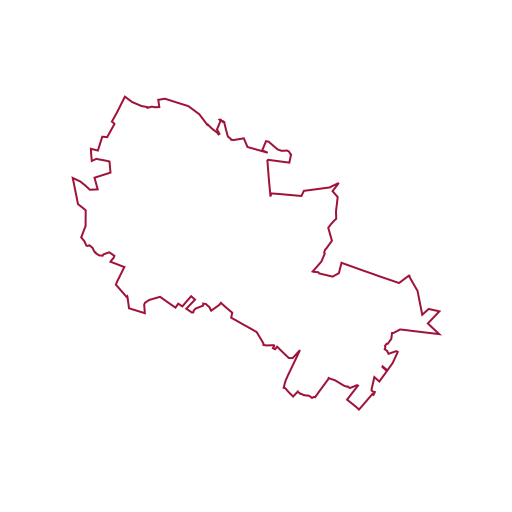 the district of La Colorada, Sonora, Mexico, rotated 29°
{"feature_id": "50627088B56530364421655", "entity_name": "La Colorada", "entity_type": "district", "adm_level": 2, "iso_a3": "MEX", "parent_name": "Mexico", "parent_adm1": "Sonora", "projection": "orthographic", "projection_center": [-110.323, 28.724], "detail": "fine", "context": "isolated", "style": "outline", "palette": "rose", "viewbox_px": 512, "rotation_deg": 29, "n_neighbors": 0, "source": "geoboundaries", "source_scale": "gbopen_adm2", "svg_char_len": 4198}
<svg xmlns="http://www.w3.org/2000/svg" viewBox="0 0 512 512"><g transform="rotate(29 256 256)"><path d="M237.5,150.3L237.1,150.4L234.3,148.7L232.1,148.7L227.4,151.6L223.2,152.3L221.8,152.0L217.8,151.2L211.6,149.9L209.1,150.7L210.2,160.5L216.2,160.0L213.6,160.6L195.7,164.8L188.3,159.0L182.0,164.0L180.7,165.1L178.0,166.4L177.3,165.9L173.5,165.1L172.6,164.3L171.0,162.6L168.0,159.5L164.4,155.6L164.1,155.4L163.5,154.3L161.9,154.1L161.8,154.8L158.8,153.9L158.1,154.5L159.5,154.9L160.5,164.2L164.3,166.6L164.8,166.9L164.3,167.8L162.3,166.9L157.7,166.3L155.5,165.9L150.1,164.4L149.9,164.9L138.6,159.9L137.3,159.4L136.9,159.4L124.1,157.7L118.4,158.9L100.1,162.6L94.8,166.8L99.2,172.6L95.3,175.0L92.6,175.8L89.3,179.0L88.8,178.4L83.0,180.4L82.7,180.4L79.5,180.7L73.0,181.4L64.1,180.2L64.8,197.8L64.8,201.7L64.8,202.2L64.8,208.3L67.8,208.9L68.2,209.1L68.2,213.6L68.2,222.0L68.2,224.2L63.7,226.2L66.6,240.4L59.6,242.3L63.1,247.8L66.3,252.5L69.2,248.5L78.5,245.4L82.0,244.4L82.6,245.2L88.3,253.6L76.8,265.8L84.0,273.2L85.0,274.3L85.2,274.5L78.6,278.6L72.6,277.1L66.1,276.0L65.1,276.1L57.9,276.6L71.6,292.7L75.1,296.9L84.6,298.5L84.9,298.6L92.3,312.2L92.4,312.3L94.1,324.5L98.8,326.3L100.2,327.4L102.5,329.1L104.0,328.8L105.1,327.4L109.0,328.1L112.6,330.6L113.9,330.6L114.2,331.2L118.5,331.5L121.7,330.1L121.8,328.5L125.9,323.9L132.0,324.5L132.4,326.6L131.5,330.7L131.6,331.6L132.1,331.4L132.7,331.4L138.1,330.6L140.5,330.3L144.1,329.8L146.2,329.4L146.9,345.1L147.3,349.0L162.3,354.4L162.8,354.6L163.0,353.7L163.3,354.0L164.3,355.2L166.0,357.6L166.2,357.8L170.3,363.3L186.5,359.9L181.8,352.8L181.6,350.7L182.8,348.3L183.5,346.9L184.9,345.2L191.9,338.2L202.5,339.4L210.6,340.2L211.1,335.4L216.0,335.8L216.9,331.4L218.8,322.6L223.8,323.7L220.6,335.9L227.4,336.5L228.5,335.7L228.0,333.9L228.7,331.2L233.7,325.2L232.9,323.2L233.5,323.0L234.7,322.6L235.5,322.3L236.1,322.4L237.6,322.9L239.5,323.1L239.9,323.4L240.5,323.7L241.2,323.9L241.8,324.5L242.1,324.9L242.5,325.2L242.8,325.4L243.3,325.6L243.7,324.7L247.7,316.4L248.0,314.0L254.5,315.5L260.2,316.6L262.7,317.1L264.2,322.0L267.3,322.0L267.6,322.0L270.1,322.0L276.6,322.1L287.8,322.1L293.5,322.2L303.6,328.1L304.9,328.9L305.6,330.2L306.4,329.9L308.6,329.1L314.8,325.4L315.5,325.8L315.5,328.4L317.7,328.3L317.9,328.3L318.4,325.1L327.2,327.5L334.1,329.3L336.1,328.4L337.6,327.3L340.1,317.0L341.0,331.4L341.8,345.1L342.2,349.4L342.2,350.3L343.9,357.2L344.1,357.9L345.6,357.4L350.8,359.3L356.6,360.9L358.2,354.5L358.7,355.0L358.9,354.9L359.6,354.6L360.7,354.7L361.2,355.1L361.9,354.9L363.1,354.5L363.8,354.6L365.7,354.5L366.0,354.1L367.8,353.6L369.0,352.8L370.0,352.6L370.6,352.6L370.8,352.6L371.6,352.6L373.8,353.0L374.9,351.2L376.2,350.9L376.6,347.3L376.8,345.0L377.0,343.4L378.9,328.9L378.7,327.5L379.3,327.5L385.4,326.4L391.1,326.6L396.0,326.8L399.3,326.1L399.5,325.9L399.6,325.6L402.1,326.0L405.8,321.5L406.0,321.1L406.8,320.2L407.0,320.0L408.0,319.9L405.3,337.5L417.6,339.6L420.5,340.4L421.2,337.3L424.7,320.3L426.1,320.5L425.9,317.4L424.1,317.9L422.3,317.6L421.6,316.2L421.4,315.5L419.5,308.9L418.6,306.0L418.2,304.5L424.7,306.0L426.3,293.1L420.4,291.8L420.3,291.2L426.3,292.3L426.4,292.0L427.4,283.4L426.5,271.2L424.8,271.2L419.3,277.3L416.6,275.4L413.7,275.1L413.4,273.0L412.4,272.1L412.8,269.4L413.8,268.9L414.5,262.8L412.3,257.4L413.7,256.5L417.6,250.4L422.9,248.2L429.4,245.6L443.4,239.9L454.1,235.5L451.3,234.8L439.0,231.7L443.2,215.5L432.7,218.6L429.9,226.8L425.0,221.0L415.2,209.4L414.3,208.3L400.9,200.2L400.5,199.9L400.3,199.5L400.1,199.1L399.9,198.9L399.6,198.9L399.3,198.9L394.2,210.3L377.9,213.2L370.5,214.5L369.5,214.6L356.2,216.9L334.1,220.5L336.8,230.9L333.0,236.9L323.0,239.7L319.7,240.6L318.4,240.0L314.0,241.9L313.1,242.1L314.5,235.6L315.9,229.2L315.0,220.6L313.9,219.9L313.4,216.8L313.8,215.8L315.0,205.8L305.5,196.3L306.1,192.0L307.2,187.3L308.1,184.6L306.0,180.9L305.9,180.9L304.3,178.1L301.2,170.5L298.8,164.8L291.5,162.2L292.0,159.0L293.0,152.0L289.0,157.6L287.1,160.4L266.3,175.8L266.6,181.5L254.9,186.7L254.6,186.8L254.3,187.0L254.2,187.0L252.0,188.0L246.7,190.3L239.2,193.8L239.7,197.0L238.4,194.8L231.2,184.4L219.7,167.0L219.8,166.7L220.0,166.0L239.9,158.2L237.5,150.3Z" fill="none" stroke="#9f1239" stroke-width="2"/></g></svg>